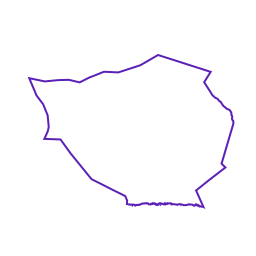 Cagaan-Ovoo, Dornod, Mongolia, rotated 7°
{"feature_id": "93677404B5837746679690", "entity_name": "Cagaan-Ovoo", "entity_type": "district", "adm_level": 2, "iso_a3": "MNG", "parent_name": "Mongolia", "parent_adm1": "Dornod", "projection": "natural_earth1", "projection_center": [113.488, 48.428], "detail": "fine", "context": "isolated", "style": "outline", "palette": "violet", "viewbox_px": 256, "rotation_deg": 7, "n_neighbors": 0, "source": "geoboundaries", "source_scale": "gbopen_adm2", "svg_char_len": 4907}
<svg xmlns="http://www.w3.org/2000/svg" viewBox="0 0 256 256"><g transform="rotate(7 128 128)"><path d="M23.9,90.6L33.2,106.8L40.9,114.8L46.7,125.2L49.2,136.6L48.8,141.0L46.3,149.0L62.4,147.6L74.1,160.2L98.0,183.2L121.0,191.5L133.6,195.9L136.0,200.2L136.2,203.6L136.8,203.6L137.8,203.8L138.1,203.8L138.3,203.9L138.5,203.9L138.8,203.7L139.0,203.8L139.6,203.9L139.9,203.8L140.1,203.6L140.4,203.6L140.7,203.6L141.0,203.6L141.3,203.8L141.6,204.1L141.7,203.8L141.8,203.6L142.0,203.4L142.5,203.4L142.8,203.3L143.0,203.3L143.7,203.6L143.8,203.7L144.1,204.0L144.4,204.1L144.7,204.1L144.9,204.0L145.0,203.9L145.1,203.7L145.2,203.4L145.3,203.3L145.6,203.4L146.3,203.3L146.7,203.3L146.9,203.2L147.2,203.0L147.3,203.0L147.5,203.1L147.8,202.9L148.0,202.8L148.3,202.8L148.7,202.9L148.9,202.9L149.1,202.8L149.3,202.6L149.6,202.3L149.7,202.2L149.8,202.1L150.0,202.1L150.2,201.9L150.6,201.6L151.3,201.5L151.6,201.3L151.8,201.2L152.2,201.0L152.3,201.0L152.8,201.1L153.1,201.0L153.3,200.9L153.6,200.9L153.9,200.9L154.0,200.9L154.2,200.7L154.3,200.5L154.4,200.4L154.6,200.4L155.2,200.4L155.6,200.6L155.9,200.6L156.1,200.6L156.4,200.5L156.5,200.4L156.8,200.3L157.1,200.4L157.2,200.7L157.3,200.8L157.7,201.2L158.0,201.2L158.3,201.2L158.6,201.1L159.2,201.0L159.3,201.1L159.5,201.1L159.8,201.2L160.0,201.1L160.1,200.9L160.1,200.4L160.3,200.3L160.8,200.4L161.1,200.5L161.3,200.5L161.3,200.4L161.4,200.0L161.4,199.9L161.5,199.7L161.9,199.5L162.0,199.5L162.6,199.8L162.9,200.0L163.1,200.0L163.2,199.9L163.3,199.7L163.5,199.5L163.9,199.5L164.0,199.6L164.2,200.0L164.2,200.4L164.5,200.6L164.8,200.7L165.1,200.5L165.1,200.3L165.3,200.2L165.5,200.1L165.8,200.2L165.9,200.3L166.0,200.6L166.1,200.8L166.4,200.7L166.5,200.3L166.8,200.5L167.0,200.6L167.5,200.6L167.8,200.4L167.8,200.1L167.7,199.8L167.8,199.6L168.0,199.2L168.4,199.0L168.6,198.8L168.8,198.7L169.2,198.7L169.5,198.8L169.8,198.9L169.9,199.1L170.0,199.4L170.1,199.2L170.3,199.0L170.5,198.9L170.8,198.9L171.0,198.9L171.3,199.0L171.6,199.1L171.8,199.2L172.4,199.2L172.6,199.2L172.9,199.5L173.1,199.5L173.3,199.4L173.4,199.2L173.4,198.8L173.4,198.7L173.5,198.6L173.9,198.9L174.0,199.1L174.3,199.3L174.5,199.3L174.7,199.0L174.7,198.9L174.8,198.7L174.7,198.5L174.5,198.2L174.8,198.2L174.9,198.3L175.0,198.5L175.4,198.7L175.9,198.8L176.1,198.7L176.3,198.5L176.4,198.2L176.5,198.0L176.9,198.2L177.1,198.1L177.5,198.0L177.9,197.7L178.2,197.6L178.5,197.6L178.8,197.6L179.3,197.9L179.6,197.9L180.1,197.6L180.4,197.7L180.6,197.8L180.7,198.1L180.6,198.4L180.6,198.5L180.8,198.5L181.1,198.4L181.3,198.3L181.6,198.1L181.8,198.1L182.3,198.1L182.5,198.1L183.0,198.1L183.3,198.0L183.5,198.1L183.9,198.1L184.0,198.1L184.6,198.0L185.0,198.0L185.7,198.1L186.1,198.2L186.3,198.1L186.7,198.1L186.9,197.9L187.0,197.8L187.1,197.7L187.5,197.7L188.0,197.4L188.3,197.3L189.0,197.2L189.3,197.3L189.5,197.4L189.6,197.5L189.8,197.7L190.2,197.7L190.3,197.6L190.8,197.3L191.0,197.4L191.3,197.5L191.9,197.6L192.4,197.7L192.9,197.8L193.2,197.7L194.5,197.5L194.7,197.4L195.4,197.4L195.5,197.4L195.8,197.2L196.0,197.1L196.5,197.0L197.0,196.7L197.3,196.5L197.5,196.3L197.6,196.2L197.8,196.2L198.0,196.3L198.4,196.5L198.6,196.5L198.9,196.5L199.0,196.4L199.6,196.4L200.3,196.2L200.9,196.2L201.1,196.2L201.5,196.5L202.1,196.6L202.4,196.7L202.5,196.8L202.7,197.0L202.8,197.1L203.1,197.1L203.3,197.1L203.5,197.0L203.8,196.7L204.1,196.3L204.1,196.1L204.3,195.7L204.5,195.5L205.0,195.5L205.3,195.9L205.3,196.1L205.5,196.3L205.7,196.2L205.9,196.0L206.2,195.8L206.3,195.7L206.6,195.7L206.7,195.8L206.8,196.0L206.7,196.5L206.9,196.6L207.2,196.4L207.7,196.3L208.0,196.3L208.4,196.5L208.5,196.6L208.4,197.0L208.5,197.2L208.9,197.1L209.1,197.0L209.5,196.9L209.9,196.9L210.2,197.0L210.3,197.1L210.5,197.1L210.9,197.1L211.3,197.1L211.6,197.0L211.9,197.0L212.5,197.2L203.2,181.7L214.2,170.4L229.5,155.3L225.2,152.0L232.0,111.2L232.1,110.8L231.9,110.0L231.8,109.6L231.8,109.2L231.8,108.8L231.8,108.5L231.5,108.1L231.0,107.6L230.4,107.0L230.3,106.8L230.2,106.5L230.0,105.9L230.0,105.6L230.2,104.9L230.1,104.3L230.0,103.8L229.8,103.3L229.7,103.2L229.4,103.0L229.2,102.8L229.1,102.6L229.0,102.3L229.0,102.1L229.0,101.9L228.9,101.5L228.9,101.3L228.9,101.0L228.8,100.8L228.8,100.7L228.7,100.4L228.4,99.8L228.0,99.3L227.7,98.9L227.5,98.6L227.1,98.1L226.2,97.5L225.9,97.4L225.7,97.4L225.1,97.3L224.3,97.1L223.4,96.8L222.9,96.4L222.8,96.2L222.6,96.1L222.0,95.7L221.5,95.5L221.3,95.2L221.0,95.1L220.7,94.9L220.4,94.8L219.9,94.5L219.2,93.7L219.1,93.4L218.9,93.2L218.5,92.8L217.9,92.2L217.7,91.9L217.4,91.4L217.0,91.0L216.7,90.7L216.3,90.5L216.0,90.5L215.8,90.4L215.5,90.2L215.1,89.9L214.6,89.4L214.1,89.0L213.8,88.5L213.2,88.1L212.9,87.9L212.5,87.8L212.3,87.7L211.5,87.6L211.2,87.5L210.9,87.3L210.4,87.0L210.0,86.7L209.0,85.9L208.4,85.6L208.0,85.4L205.7,82.5L198.0,73.3L203.2,62.2L148.9,51.9L132.6,64.2L111.6,74.0L97.3,75.1L82.8,83.0L74.5,88.6L63.5,87.4L52.7,89.0L39.8,91.9L23.9,90.6Z" fill="none" stroke="#5b21b6" stroke-width="2"/></g></svg>